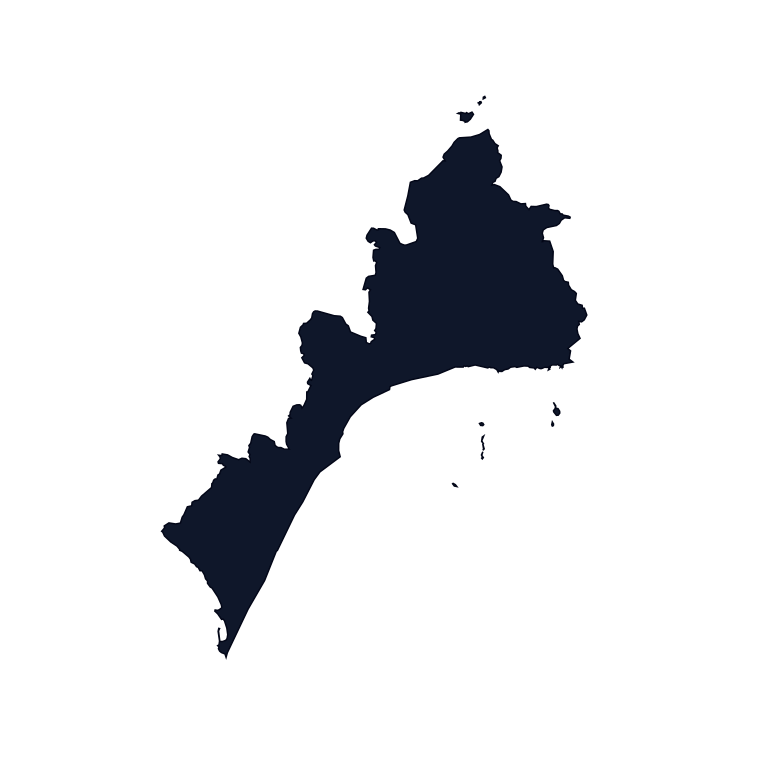 the district of Bangka Tengah, Bangka-Belitung, Indonesia, rotated 104°
{"feature_id": "22746128B66707258567489", "entity_name": "Bangka Tengah", "entity_type": "district", "adm_level": 2, "iso_a3": "IDN", "parent_name": "Indonesia", "parent_adm1": "Bangka-Belitung", "projection": "robinson", "projection_center": [106.262, -2.433], "detail": "fine", "context": "isolated", "style": "filled", "palette": "ink", "viewbox_px": 768, "rotation_deg": 104, "n_neighbors": 0, "source": "geoboundaries", "source_scale": "gbopen_adm2", "svg_char_len": 6167}
<svg xmlns="http://www.w3.org/2000/svg" viewBox="0 0 768 768"><g transform="rotate(104 384 384)"><path d="M111.9,344.8L118.8,351.6L123.4,359.4L126.9,370.4L128.0,371.7L132.5,374.4L136.6,375.6L142.6,378.6L146.4,381.2L149.6,381.6L152.7,378.6L153.2,380.8L170.8,391.2L174.6,395.5L175.2,397.4L178.7,400.5L179.3,403.4L181.9,407.2L195.7,406.4L210.3,406.5L212.2,405.0L213.9,401.8L221.3,396.6L221.9,391.8L234.5,386.5L238.0,387.2L243.6,395.7L244.3,397.5L244.1,400.0L243.6,402.6L234.5,410.6L233.1,415.2L233.1,420.0L234.7,427.0L235.6,426.7L236.3,428.1L235.4,431.8L235.8,433.8L243.7,436.5L246.8,436.5L249.4,433.9L250.2,431.3L247.9,429.4L247.2,427.5L248.2,425.5L251.2,427.0L252.2,425.7L252.6,421.1L254.6,421.4L255.3,424.4L256.7,426.5L263.9,425.3L267.1,423.7L266.6,422.5L267.7,420.5L271.2,420.9L277.7,418.7L280.6,418.8L283.3,425.0L285.6,426.8L297.3,427.2L297.1,424.8L294.7,423.3L295.9,419.9L298.5,420.8L307.4,418.1L314.2,417.3L316.6,416.2L318.3,417.0L321.4,412.0L324.7,410.3L327.0,406.0L332.2,405.2L334.4,406.0L335.4,404.4L336.5,404.0L338.2,404.4L339.6,407.9L341.3,407.8L341.3,404.8L342.9,403.9L345.9,406.6L347.9,406.8L348.6,408.1L348.0,411.2L343.5,412.8L343.3,418.0L341.6,429.1L336.2,432.7L335.0,435.6L329.6,440.5L328.8,442.8L329.8,448.9L329.3,466.3L329.8,468.5L330.9,469.7L333.0,470.4L337.4,470.1L339.6,471.0L343.8,473.8L344.7,476.7L346.1,476.8L349.2,478.8L355.4,478.9L358.4,476.1L363.9,473.1L366.4,472.9L368.8,474.0L372.0,472.8L374.0,471.6L374.1,469.1L375.7,468.4L378.4,470.1L382.7,466.2L382.8,462.6L385.5,457.0L387.5,455.5L391.8,456.4L393.1,455.0L397.9,455.2L397.7,456.3L396.5,457.3L400.7,458.7L402.1,458.1L403.2,454.5L410.0,456.0L410.4,457.0L417.6,455.3L424.3,456.5L427.2,457.8L424.8,459.6L424.6,461.1L425.4,463.7L427.6,466.8L434.1,468.2L436.5,467.7L438.0,468.8L439.6,465.9L440.5,468.3L445.1,468.9L455.4,465.4L458.8,466.2L463.4,465.1L466.0,463.9L470.1,460.1L471.4,464.9L470.6,468.6L471.3,471.7L470.0,474.8L466.4,476.6L465.3,481.0L463.7,483.8L463.2,486.6L463.6,497.4L464.1,498.2L467.0,499.2L473.7,499.0L476.4,500.2L478.2,499.1L482.8,499.4L484.8,497.0L487.0,497.3L488.6,495.8L492.2,495.0L489.9,500.0L490.4,503.9L492.6,506.7L492.0,513.4L490.6,518.6L491.0,524.1L492.7,524.1L493.1,527.2L494.3,525.6L496.2,524.7L499.7,526.2L501.0,525.4L500.4,521.4L501.6,520.4L502.4,517.6L503.1,517.5L507.0,521.4L511.1,521.8L512.4,523.1L516.3,523.2L516.9,523.5L516.9,524.8L518.5,526.0L521.7,526.3L522.2,526.9L526.2,526.3L536.9,533.9L541.6,535.9L542.9,539.2L545.2,541.6L548.7,541.1L550.7,545.1L559.2,546.5L562.0,547.6L568.2,547.9L570.2,552.3L570.8,559.1L574.9,562.9L576.7,562.1L580.7,564.1L581.2,562.9L584.6,560.2L588.9,552.6L591.3,545.8L593.7,542.4L594.7,542.1L595.2,539.3L599.1,531.4L600.8,529.4L603.6,528.0L604.4,524.2L606.6,521.7L606.9,519.9L609.7,517.4L609.2,515.4L612.6,512.1L616.2,510.0L617.8,507.6L620.1,507.0L623.0,503.5L623.6,501.5L630.8,493.7L637.3,488.6L639.7,487.4L640.7,487.5L643.0,489.4L643.9,490.8L644.1,493.2L645.3,493.2L647.2,489.8L651.7,484.7L651.0,483.4L652.2,481.6L658.8,477.5L665.0,475.0L668.9,474.7L671.0,475.5L672.9,478.3L673.5,481.0L663.7,484.8L661.1,484.4L661.1,485.2L664.1,485.1L673.2,481.4L677.0,481.0L678.1,482.1L679.0,480.5L680.9,480.6L682.9,478.9L683.9,476.8L684.4,473.0L687.4,471.1L682.7,471.0L635.3,461.4L603.6,452.3L572.1,448.0L571.4,447.2L532.7,439.1L518.1,434.3L493.8,428.6L484.8,424.9L465.2,408.9L459.6,411.9L452.5,413.6L447.9,413.6L442.3,411.8L440.3,412.6L436.8,412.3L424.0,408.8L409.7,401.1L399.5,391.3L388.1,377.3L385.3,377.6L384.1,376.5L373.1,358.3L361.3,334.0L350.3,319.1L348.4,311.2L347.0,310.8L347.2,309.1L346.3,307.6L346.8,306.5L343.5,300.2L343.3,287.3L341.9,285.4L342.4,284.4L341.7,281.8L342.7,278.1L344.8,276.1L343.3,275.9L343.8,274.4L343.1,273.7L343.4,272.7L340.9,270.4L339.4,267.2L337.1,265.3L335.4,261.1L335.7,259.2L332.6,252.5L331.8,248.4L332.7,246.7L332.1,242.2L333.1,240.8L330.8,239.8L331.3,236.2L330.9,234.8L328.9,232.2L328.4,229.3L327.2,227.7L330.6,227.9L329.8,227.0L329.6,227.6L327.9,226.7L326.4,227.1L324.8,225.4L323.8,221.2L322.8,220.0L323.6,218.8L323.6,217.1L325.2,217.1L324.1,216.2L325.2,215.2L323.8,215.1L325.1,214.2L322.6,215.0L320.8,214.4L317.0,206.0L315.1,210.4L306.7,211.0L305.1,214.3L292.3,204.8L288.2,208.1L283.9,210.1L280.9,210.2L279.0,208.9L276.1,210.2L275.9,207.3L273.3,205.2L268.0,203.9L262.0,207.9L262.5,209.7L259.7,210.8L259.5,215.3L256.5,218.6L249.6,219.3L248.2,221.5L247.2,225.1L243.5,228.8L240.7,229.8L240.8,233.3L239.9,234.9L235.8,237.2L230.5,243.3L229.8,246.5L230.4,247.5L226.8,249.3L214.5,251.9L205.3,257.8L206.5,264.4L207.4,264.3L207.6,264.9L203.5,264.6L199.4,266.9L196.0,266.8L192.8,263.9L188.5,255.0L185.8,252.7L182.2,251.7L179.0,248.9L178.3,243.8L177.1,243.7L176.5,245.6L176.8,251.0L175.9,252.2L176.2,254.2L174.1,256.1L173.7,257.5L174.4,260.2L174.4,265.5L173.6,266.9L170.9,267.1L170.1,268.1L170.2,269.8L175.0,279.1L176.1,284.2L179.7,285.5L177.2,289.4L174.7,290.4L176.1,294.8L175.0,299.9L175.6,303.1L174.8,305.4L170.4,308.9L164.5,319.3L163.8,325.2L165.1,327.5L161.9,327.1L160.5,325.3L157.3,325.0L155.0,322.7L150.1,321.6L144.8,322.0L139.4,325.8L136.7,325.1L133.7,325.6L131.9,329.8L130.4,329.8L127.5,331.4L125.2,330.8L123.9,334.5L121.1,337.5L120.7,338.9L115.8,342.5L112.8,343.5L111.9,344.8ZM106.2,364.3L100.7,362.4L98.9,364.4L101.3,367.4L100.7,369.6L101.8,370.3L101.8,375.1L102.8,375.4L102.7,376.8L103.6,377.8L103.6,374.8L109.5,373.6L109.2,371.5L109.7,368.3L110.3,368.4L109.4,366.5L106.2,364.3ZM372.1,207.4L369.7,206.4L367.9,207.0L365.8,209.2L365.9,211.5L363.6,212.1L360.8,215.2L364.5,212.1L366.4,212.0L368.9,213.1L370.0,212.6L372.7,209.1L372.1,207.4ZM399.2,281.8L400.8,280.2L400.5,278.1L399.3,277.4L398.1,278.6L398.0,280.0L399.2,281.8ZM464.2,293.3L466.0,291.1L465.9,288.5L464.4,290.4L463.7,292.9L464.2,293.3ZM383.4,209.6L381.8,209.8L380.1,211.5L383.0,211.4L384.1,210.5L383.4,209.6ZM89.9,359.1L87.6,357.6L86.6,358.3L87.0,359.5L88.1,359.6L88.4,361.3L88.5,359.9L89.9,359.1ZM416.0,275.4L418.4,272.6L415.5,275.4L410.4,274.7L411.7,275.8L416.0,275.4ZM432.9,270.5L431.4,269.8L429.6,271.9L425.8,271.7L429.3,272.3L431.3,270.7L432.3,271.3L432.9,270.5ZM424.4,272.0L422.7,271.1L418.2,273.7L422.9,271.7L424.4,272.0ZM83.3,356.7L81.7,354.9L80.6,355.8L81.7,357.0L83.3,356.7Z" fill="#0f172a" stroke="#020617" stroke-width="1.5"/></g></svg>